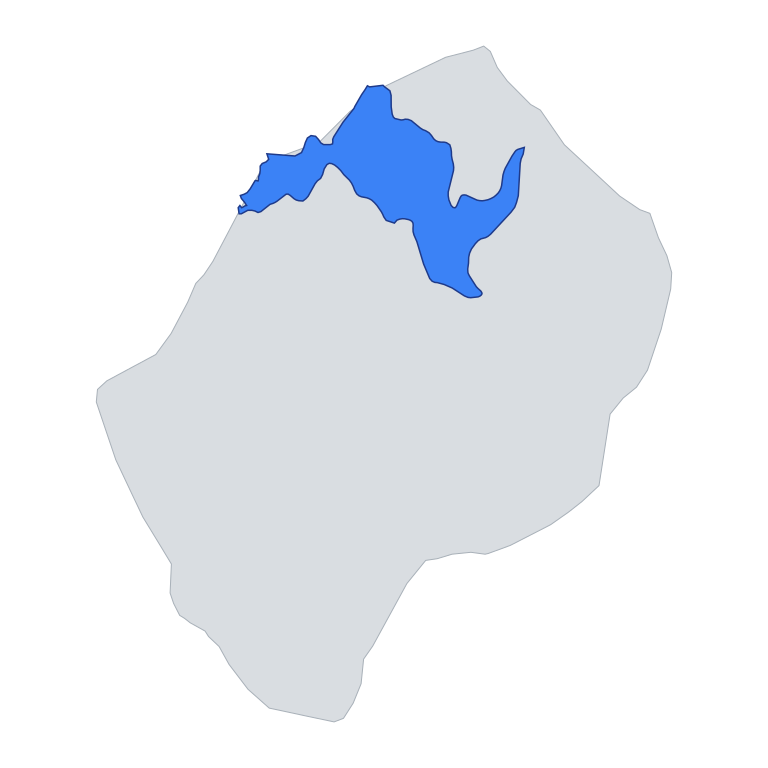 Lesotho, with Leribe highlighted
{"feature_id": "LSO-1212", "entity_name": "Leribe", "entity_type": "District", "adm_level": 1, "iso_a3": "LSO", "parent_name": "Lesotho", "parent_adm1": "", "projection": "equal_earth", "projection_center": [28.234, -29.023], "detail": "fine", "context": "in_parent", "style": "filled", "palette": "blue", "viewbox_px": 768, "rotation_deg": 0, "n_neighbors": 0, "source": "natural_earth", "source_scale": "10m", "svg_char_len": 3692}
<svg xmlns="http://www.w3.org/2000/svg" viewBox="0 0 768 768"><path d="M510.3,545.4L488.2,553.5L485.1,554.2L470.9,552.3L452.0,554.2L437.2,558.7L425.7,560.4L406.9,583.5L372.7,646.1L363.6,659.1L361.1,683.7L353.2,703.1L343.5,718.3L334.1,721.9L305.6,715.9L269.2,708.1L248.0,689.3L229.1,664.5L219.1,646.5L208.6,636.6L205.1,631.1L190.2,622.8L184.6,618.4L179.7,615.4L173.6,603.4L170.1,593.0L171.4,564.0L160.9,546.6L142.9,517.1L131.4,492.9L115.8,459.8L106.2,431.4L96.3,402.0L97.5,389.4L106.9,380.8L134.4,366.0L155.8,354.5L171.1,333.5L187.7,302.2L195.8,283.4L203.9,274.8L212.8,261.5L228.3,232.1L245.5,199.3L264.0,164.1L287.3,153.9L319.3,142.2L350.0,111.4L386.5,85.5L445.6,57.3L473.2,50.2L483.7,46.1L490.3,51.4L497.3,67.5L507.3,81.0L530.6,104.5L540.4,110.1L564.4,144.8L590.1,168.6L619.6,196.0L639.7,209.6L649.9,213.4L658.4,237.7L666.9,255.7L671.7,272.6L670.7,289.0L661.2,329.2L647.5,370.1L636.5,387.2L623.2,398.0L610.1,414.1L605.0,447.0L599.0,485.6L582.0,501.5L568.8,511.9L550.6,524.7L510.3,545.4Z" fill="#d9dde1" stroke="#a8b0b8" stroke-width="1"/><path d="M369.6,86.9L383.0,85.3L384.8,87.0L389.9,90.8L391.1,95.4L391.2,106.9L392.2,114.1L393.3,117.0L394.8,118.5L401.1,120.0L403.1,119.8L405.2,119.2L408.1,119.4L411.4,120.7L420.1,127.9L422.9,129.7L425.6,130.7L429.1,132.8L431.4,135.4L433.7,138.8L435.7,140.6L437.8,141.6L440.4,142.1L444.5,142.2L446.5,142.7L449.8,144.8L450.9,148.3L451.4,151.8L451.5,155.7L452.1,159.3L453.3,163.9L453.7,167.4L453.5,170.6L448.2,192.0L448.2,195.8L448.9,199.9L451.1,205.4L453.0,207.4L455.0,207.8L456.1,206.8L456.9,205.4L460.0,198.0L461.0,196.2L462.2,195.2L464.0,194.9L466.0,195.1L477.0,200.1L479.5,200.6L482.3,200.8L485.0,200.4L488.1,199.7L491.0,198.5L493.8,197.0L496.0,195.2L498.1,193.1L499.7,190.8L500.9,188.2L501.6,185.6L503.0,175.0L504.0,171.5L505.3,168.2L512.0,156.1L514.9,151.8L516.1,150.4L517.8,149.4L524.3,147.4L523.2,154.0L521.1,158.9L520.2,163.4L518.3,195.7L516.5,202.5L514.7,207.3L511.0,212.2L490.6,234.2L487.9,236.4L485.6,237.6L480.8,238.9L478.0,240.8L475.3,243.7L471.5,248.9L469.6,253.1L468.7,257.2L468.5,263.2L467.7,269.0L467.9,272.5L468.3,273.7L469.4,275.9L476.3,286.7L478.0,288.5L480.8,291.0L481.8,292.6L482.0,293.8L481.3,295.0L479.8,296.2L478.0,296.9L470.7,297.7L468.0,297.4L464.4,295.9L452.2,288.0L444.2,284.5L437.3,282.6L434.8,282.4L432.1,281.2L429.7,278.5L423.6,264.0L416.9,241.7L414.0,235.0L413.1,231.7L413.0,228.4L413.2,225.5L413.0,223.2L412.0,221.4L410.4,220.3L408.6,219.6L404.7,218.8L402.3,218.7L399.8,219.1L397.0,220.1L394.4,223.1L386.2,220.4L383.8,216.9L382.7,214.3L381.3,211.7L377.0,205.5L374.5,202.7L371.7,200.1L369.2,198.7L366.8,197.8L361.5,196.8L359.0,195.8L356.7,193.9L354.7,190.4L353.2,186.4L351.5,183.0L349.4,180.1L343.8,174.6L340.7,170.5L337.6,167.4L334.6,165.0L331.7,163.6L329.2,163.3L326.9,164.6L324.2,168.9L322.6,174.5L320.6,178.4L317.4,180.8L315.1,183.7L308.1,196.3L305.9,198.7L302.9,201.0L298.7,200.7L296.2,200.0L294.0,198.7L290.2,195.4L288.1,194.1L286.1,194.2L276.9,201.3L275.1,202.4L273.0,203.4L270.1,204.3L260.9,211.6L258.0,212.5L254.9,211.0L251.9,210.3L247.8,210.3L241.3,213.8L239.1,213.8L238.2,207.7L239.9,205.5L241.6,207.7L242.8,207.2L245.1,205.8L246.6,205.5L244.5,202.2L241.4,198.5L240.3,195.5L244.2,194.2L247.2,192.6L250.2,188.8L255.0,180.8L255.9,180.4L257.1,180.8L258.1,180.9L258.5,179.5L258.5,177.1L258.8,176.1L259.3,175.1L259.9,173.3L260.2,170.6L260.2,166.1L262.2,163.5L266.1,161.9L268.7,159.3L266.9,153.8L295.0,156.0L301.5,152.6L303.8,147.6L305.4,142.4L307.4,138.0L311.0,135.6L315.6,136.3L318.5,139.5L320.8,142.9L323.6,144.6L330.3,144.6L332.5,143.9L332.8,141.9L332.7,139.4L333.8,136.7L343.1,122.1L354.0,108.4L354.8,106.5L361.6,94.7L364.9,89.9L367.4,85.8L369.6,86.9Z" fill="#3b82f6" stroke="#1e3a8a" stroke-width="1.5"/></svg>